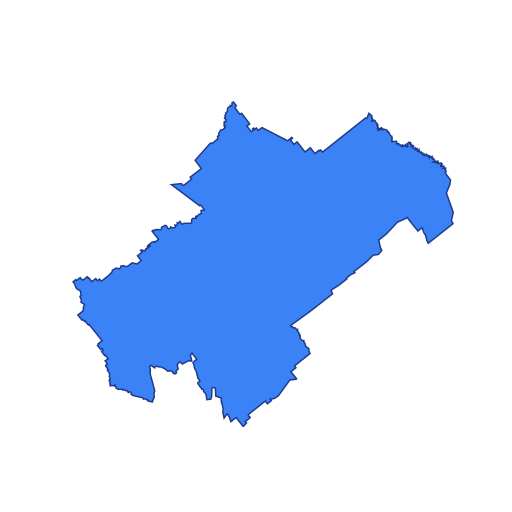 outline of Weddin, New South Wales, Australia, rotated 133°
{"feature_id": "25037944B42386149342522", "entity_name": "Weddin", "entity_type": "district", "adm_level": 2, "iso_a3": "AUS", "parent_name": "Australia", "parent_adm1": "New South Wales", "projection": "robinson", "projection_center": [147.918, -33.878], "detail": "fine", "context": "isolated", "style": "filled", "palette": "blue", "viewbox_px": 512, "rotation_deg": 133, "n_neighbors": 0, "source": "geoboundaries", "source_scale": "gbopen_adm2", "svg_char_len": 6033}
<svg xmlns="http://www.w3.org/2000/svg" viewBox="0 0 512 512"><g transform="rotate(133 256 256)"><path d="M158.8,377.6L160.3,378.0L162.6,376.0L163.5,377.5L164.2,376.7L166.2,377.7L168.0,377.1L169.7,375.5L172.2,375.6L173.6,374.4L174.7,374.4L175.2,373.0L176.6,373.1L176.9,370.9L178.0,369.9L178.8,369.7L179.4,370.0L179.4,370.7L180.0,370.6L181.2,368.9L181.9,368.9L181.9,368.0L182.7,367.7L182.4,366.7L183.2,366.8L183.6,366.1L186.4,366.5L188.0,367.8L191.7,366.9L193.1,365.4L194.7,365.7L196.9,363.5L197.6,364.1L202.7,364.6L204.6,366.3L227.5,365.8L229.4,355.6L243.3,357.9L243.7,355.5L253.6,357.0L254.2,357.7L253.9,359.9L261.5,366.5L257.7,331.5L256.5,331.3L257.3,325.5L258.1,325.3L260.1,327.3L261.7,325.5L263.0,325.0L264.8,326.3L266.6,325.9L268.0,327.1L268.5,326.7L268.5,325.7L269.6,325.6L270.8,327.3L272.1,327.9L273.5,327.8L275.2,325.9L276.6,326.1L281.3,331.0L283.3,331.8L282.6,335.3L284.6,335.1L285.4,336.3L286.4,335.2L287.6,335.0L288.7,336.4L289.2,335.0L290.6,334.7L292.3,336.3L292.9,338.2L294.4,337.7L295.6,338.5L295.9,339.5L295.0,341.9L295.5,343.4L299.5,344.6L300.2,343.6L301.8,343.7L305.4,347.8L306.8,347.5L307.8,349.1L308.7,348.9L310.3,338.5L314.9,339.3L314.8,340.3L317.2,341.6L322.2,342.2L323.2,341.7L320.6,341.3L320.8,340.2L325.7,340.9L325.8,341.4L328.2,340.8L329.5,343.7L330.5,344.3L330.9,341.9L336.7,342.8L337.7,336.8L342.9,337.5L345.5,341.9L351.2,342.9L352.4,343.7L353.4,346.3L355.4,347.9L356.8,347.1L358.6,347.3L360.3,350.1L364.5,351.3L365.4,350.5L369.4,350.3L380.0,351.9L379.6,354.7L382.3,355.1L381.8,357.8L386.7,358.6L386.0,363.4L386.5,363.5L386.2,365.2L391.6,366.1L392.1,367.9L391.7,369.8L396.5,370.6L396.3,371.7L399.6,372.2L400.2,369.4L401.9,366.1L402.2,363.9L401.3,361.6L401.8,359.8L404.1,357.0L405.6,357.2L407.4,353.6L409.2,352.4L408.5,349.3L408.8,347.8L410.6,347.7L414.0,345.0L420.6,346.1L421.6,339.6L420.8,339.4L420.6,336.6L420.1,336.6L420.7,332.4L420.6,331.3L419.9,331.2L422.9,310.8L427.9,311.6L428.3,310.8L429.5,311.0L430.3,305.9L428.6,305.6L429.2,303.5L431.2,303.8L432.0,298.8L431.3,298.7L432.1,293.9L435.5,294.9L436.3,291.1L438.5,291.4L438.8,290.1L439.2,290.2L439.8,286.7L440.9,286.8L441.8,282.8L444.3,281.0L445.4,278.4L446.6,278.8L447.5,278.1L447.7,276.5L449.4,275.6L449.4,274.7L450.3,273.9L449.2,273.4L447.6,271.0L446.4,271.3L448.0,268.4L447.6,266.1L444.7,262.9L445.0,262.2L443.9,261.5L443.5,259.6L442.4,259.0L442.9,256.3L442.0,256.2L441.0,254.9L441.1,253.7L442.3,253.1L442.1,251.2L436.8,241.8L437.4,240.6L436.5,240.3L435.1,237.1L435.8,236.7L435.4,235.6L433.5,232.3L428.8,234.1L426.1,236.8L423.5,238.3L414.7,252.5L410.9,256.1L409.8,258.2L407.6,258.4L406.9,253.9L406.4,254.3L404.5,253.7L403.3,251.3L401.7,249.6L400.5,244.8L400.5,242.1L398.1,240.0L397.5,238.0L398.0,237.5L398.0,235.5L397.4,234.8L395.8,234.4L394.8,236.0L391.7,235.9L389.2,239.6L385.8,239.7L385.3,239.3L385.2,236.2L378.2,233.8L377.3,231.8L376.2,231.7L373.3,236.4L370.7,236.6L371.9,228.9L376.8,229.6L378.1,226.7L379.7,224.9L381.4,220.5L385.0,215.2L385.5,211.7L388.3,212.1L388.9,211.5L390.0,206.6L389.7,206.0L390.4,204.9L389.7,204.1L389.8,202.7L390.8,202.1L391.1,198.4L394.6,194.0L391.5,191.4L388.9,192.7L382.7,198.2L381.3,197.6L380.3,195.6L385.9,189.9L383.6,184.6L386.9,181.2L387.4,179.7L390.4,175.5L392.9,173.7L396.3,168.8L391.8,169.4L391.0,169.0L392.0,165.7L394.3,161.4L387.7,160.4L389.4,149.6L388.9,149.0L384.5,149.1L384.2,151.0L378.4,150.0L377.7,151.1L378.2,151.7L377.9,152.9L376.6,153.4L355.8,150.3L356.3,146.9L351.4,146.1L351.1,148.1L347.9,145.5L343.1,144.3L323.6,146.7L318.8,142.6L318.1,142.7L316.8,151.5L310.5,150.6L310.1,152.9L290.5,150.0L289.0,153.0L287.6,154.3L288.2,157.3L287.8,158.8L286.5,160.6L286.2,162.6L285.2,163.3L286.3,164.6L286.2,167.1L284.9,168.9L284.3,169.0L284.5,170.1L283.4,170.6L283.8,171.4L282.7,173.0L282.5,174.9L281.3,175.6L282.2,176.3L281.9,178.4L283.3,180.1L282.8,181.2L283.7,182.1L283.4,183.3L258.6,178.5L231.5,174.2L229.9,177.8L220.3,175.4L210.9,173.9L210.7,174.8L205.0,174.0L200.8,172.3L200.5,173.8L185.2,171.2L175.5,170.9L171.5,167.6L166.1,167.8L164.7,171.3L160.6,177.1L151.0,175.7L134.7,175.6L126.6,172.1L124.8,171.8L127.3,154.6L122.1,153.8L124.7,148.6L125.0,146.5L128.3,141.3L129.2,138.7L98.0,134.0L96.9,137.2L89.6,141.5L80.0,159.8L71.5,163.0L67.7,165.7L66.5,173.0L65.5,174.7L64.5,174.6L64.0,176.5L63.3,176.4L63.2,176.9L62.4,177.3L64.3,179.0L62.9,178.9L62.1,180.0L64.7,182.0L63.6,182.9L62.7,182.1L61.7,182.7L61.7,184.1L63.8,185.5L62.6,187.7L63.4,188.3L63.5,187.2L64.8,187.0L64.3,188.7L65.5,189.1L66.6,190.4L64.5,189.8L63.8,191.7L64.5,192.2L63.7,192.9L64.5,193.5L63.2,195.1L64.4,195.1L64.3,196.4L66.1,196.1L65.6,196.9L65.9,198.0L64.7,198.0L65.7,200.2L67.2,199.8L65.9,200.8L67.2,200.9L66.8,202.3L68.3,202.2L67.2,202.8L68.0,203.2L67.0,204.3L67.9,205.0L67.3,205.9L68.9,206.3L67.8,206.4L68.8,208.4L67.9,207.9L67.0,209.3L68.4,208.9L68.6,210.4L67.7,211.3L69.0,211.7L68.1,212.1L68.2,213.3L69.8,212.8L69.4,213.2L70.0,214.6L69.7,215.4L68.2,215.6L68.1,216.1L69.4,216.2L68.8,217.4L69.6,217.5L68.5,218.1L68.9,219.3L67.9,219.7L67.8,220.8L68.7,221.0L68.7,221.8L70.9,221.9L70.8,221.4L72.6,220.9L72.1,220.1L72.8,219.7L73.7,221.4L72.7,222.6L75.1,222.7L75.8,223.5L74.7,224.1L75.1,224.8L76.7,224.6L76.2,226.0L77.3,227.0L76.5,228.1L78.2,229.8L76.9,230.2L76.4,231.7L79.8,234.6L79.4,235.3L78.4,235.4L78.0,236.5L77.1,236.6L75.8,238.4L76.3,239.6L74.9,243.5L75.8,244.6L74.8,245.1L74.7,246.3L76.0,248.9L77.1,249.2L76.6,250.1L76.7,251.9L77.4,252.0L78.2,250.9L78.8,252.6L79.4,251.6L80.8,252.4L79.7,252.7L79.9,254.4L78.4,254.6L78.3,255.5L77.1,256.2L77.9,256.9L76.6,257.7L76.6,259.3L75.8,261.6L76.6,262.6L78.2,262.7L78.4,263.4L76.6,263.4L76.6,264.3L76.0,264.6L76.2,265.4L74.5,266.7L75.0,267.5L74.4,268.3L74.7,270.8L79.7,268.7L80.3,270.0L134.7,278.2L134.3,281.0L135.8,281.3L135.7,282.0L140.9,282.8L139.8,290.1L146.5,291.1L144.5,303.8L148.5,304.4L147.6,310.0L145.0,309.6L144.9,310.8L150.1,311.3L158.0,339.2L162.7,340.1L162.1,343.0L164.2,343.3L163.9,344.9L165.6,345.2L165.8,343.7L168.4,344.2L167.2,351.2L163.7,350.7L161.4,363.9L163.4,364.3L163.0,366.7L161.8,372.7L159.4,373.0L158.8,377.6Z" fill="#3b82f6" stroke="#1e3a8a" stroke-width="1.5"/></g></svg>